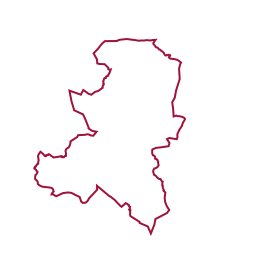 Hawul, Borno, Nigeria, rotated 294°
{"feature_id": "59680162B65118596491840", "entity_name": "Hawul", "entity_type": "district", "adm_level": 2, "iso_a3": "NGA", "parent_name": "Nigeria", "parent_adm1": "Borno", "projection": "natural_earth1", "projection_center": [12.218, 10.459], "detail": "fine", "context": "isolated", "style": "outline", "palette": "rose", "viewbox_px": 256, "rotation_deg": 294, "n_neighbors": 0, "source": "geoboundaries", "source_scale": "gbopen_adm2", "svg_char_len": 4918}
<svg xmlns="http://www.w3.org/2000/svg" viewBox="0 0 256 256"><g transform="rotate(294 128 128)"><path d="M36.3,85.2L37.0,85.9L36.4,89.8L36.5,90.2L42.2,95.2L44.6,99.2L45.6,102.1L45.7,105.1L45.5,105.9L45.3,111.9L41.7,115.2L41.2,117.3L42.7,119.8L45.1,120.8L47.0,121.0L47.5,120.9L59.1,124.9L62.6,123.2L59.0,135.8L58.6,137.0L58.5,137.3L58.4,137.5L58.1,140.4L56.8,145.3L55.2,149.0L54.4,151.1L53.8,152.5L53.4,154.2L58.4,156.4L58.3,157.0L58.4,157.4L58.4,157.9L58.2,158.4L58.2,158.8L58.2,159.1L57.9,159.4L57.9,159.7L57.9,160.1L57.2,160.5L56.9,160.8L56.7,161.2L56.7,161.5L56.9,161.7L56.9,161.9L56.6,162.0L56.0,162.0L55.1,162.5L54.6,163.0L54.5,162.4L54.0,162.2L53.4,163.2L52.1,164.2L49.3,165.3L48.5,166.1L47.0,176.6L46.6,176.7L46.0,177.3L46.1,186.2L40.9,191.8L50.4,191.4L56.0,190.1L66.2,198.2L69.9,199.0L72.4,195.2L75.7,191.9L78.9,190.0L84.3,188.3L85.2,185.9L85.7,186.1L86.6,185.2L87.4,184.2L88.3,183.6L88.9,183.6L89.2,183.4L89.5,183.2L89.6,182.7L89.9,182.3L90.4,182.3L91.1,182.0L91.8,181.8L93.0,181.5L92.8,181.0L93.1,180.4L93.7,179.7L94.6,178.6L94.1,177.0L94.3,175.9L94.6,174.9L95.2,173.7L95.6,172.9L95.8,172.1L95.8,170.9L96.5,170.3L98.7,168.5L100.4,168.3L101.1,168.4L101.7,168.5L102.2,169.3L103.4,170.2L104.6,170.9L105.6,171.0L106.2,171.2L107.0,170.7L108.0,170.0L108.8,169.4L109.6,169.3L110.2,168.3L111.1,167.6L111.0,166.8L111.0,165.2L111.7,164.9L112.2,164.9L113.1,163.8L113.4,163.0L113.2,161.9L114.7,160.4L117.9,159.0L118.6,159.2L121.3,161.8L123.9,166.2L127.9,172.5L131.2,172.0L133.7,168.1L135.7,169.9L137.6,177.1L139.7,176.9L142.4,175.6L146.8,175.6L151.9,176.4L155.0,176.0L157.7,176.4L159.4,176.4L160.0,175.5L160.2,174.5L160.2,172.8L159.9,170.9L159.2,169.1L159.0,168.1L158.9,167.0L157.1,165.0L163.2,161.8L169.6,157.9L174.7,158.4L181.6,156.7L193.8,155.3L203.0,150.5L207.8,149.7L209.4,149.8L209.8,148.2L210.1,146.9L210.3,144.9L209.9,142.8L209.4,141.1L208.9,139.4L208.6,138.6L208.8,137.5L209.3,136.5L210.3,136.9L211.5,137.0L211.7,136.2L211.4,135.4L210.9,134.4L210.3,133.7L209.6,133.2L209.6,132.4L210.2,131.2L211.1,130.3L211.8,128.6L212.0,127.0L212.6,125.6L212.4,124.5L213.1,123.1L213.4,122.3L213.2,121.1L213.3,120.2L213.9,119.7L214.3,118.9L214.6,118.1L214.9,117.4L215.7,116.6L216.5,116.7L218.4,117.0L219.7,117.3L219.1,116.2L218.4,114.7L217.4,113.5L216.7,111.9L216.0,109.6L214.3,106.8L213.5,104.8L212.5,103.1L211.9,101.6L211.1,98.4L210.6,96.8L209.1,91.7L208.5,90.2L205.4,84.8L204.3,83.5L203.1,82.6L201.7,79.8L198.0,71.6L194.1,69.8L188.3,68.4L182.2,66.2L178.1,71.7L174.5,73.7L174.9,76.0L176.8,80.7L175.0,85.4L173.9,86.0L173.7,86.1L173.7,86.5L173.7,86.8L173.8,87.0L174.0,87.5L174.2,88.2L174.2,88.3L174.3,88.4L173.4,88.5L170.6,88.7L170.4,88.5L169.1,88.5L168.7,88.5L168.6,88.4L168.1,88.4L167.7,88.6L167.2,88.3L167.0,88.0L166.7,87.6L166.4,87.3L166.1,87.1L165.8,87.1L165.4,87.2L165.0,87.3L164.6,87.4L164.4,87.1L164.3,86.7L164.0,86.3L163.6,86.1L163.3,86.1L163.0,86.2L162.3,86.2L161.9,86.4L161.5,86.3L161.1,86.3L160.8,86.3L160.6,86.3L160.2,86.6L160.0,86.8L159.8,87.0L159.5,87.1L159.2,87.4L159.0,87.5L158.9,87.3L158.4,87.4L158.2,87.6L158.2,88.0L157.7,88.2L157.3,88.0L156.8,87.8L156.4,87.9L156.0,87.9L155.5,87.9L155.1,88.0L154.5,88.5L149.7,85.7L147.6,83.2L143.5,81.0L143.2,77.9L143.7,76.0L144.5,71.7L139.3,71.4L138.3,59.3L129.2,65.7L123.2,70.9L122.3,71.5L122.1,81.5L118.7,85.4L112.3,91.9L111.5,92.2L110.8,96.5L111.8,100.8L106.8,99.4L106.1,97.1L106.1,94.4L105.5,92.9L104.4,91.7L101.2,85.4L100.9,85.3L99.1,85.3L92.4,80.9L91.7,81.2L91.1,81.5L90.2,81.6L88.2,81.9L86.1,81.7L84.4,80.5L83.0,80.1L81.7,80.2L80.6,81.0L79.0,81.9L77.4,82.6L77.3,82.4L77.2,82.2L76.9,81.8L76.7,81.8L76.5,81.7L76.5,81.8L76.4,81.7L76.2,81.6L75.8,81.5L75.7,81.5L75.5,81.4L75.4,81.3L75.2,81.2L75.0,80.8L75.0,80.7L75.0,80.4L74.9,80.3L74.9,80.1L74.7,80.0L74.7,79.8L74.8,79.7L75.0,79.6L75.0,79.4L75.0,79.2L74.9,79.2L74.9,78.9L74.9,78.7L75.0,78.7L75.0,78.8L75.3,78.7L75.2,78.5L75.1,78.4L75.0,78.2L74.9,78.2L74.8,78.3L74.7,78.4L74.6,78.5L74.6,78.4L74.6,78.2L74.7,77.9L72.6,74.9L70.8,72.0L71.4,68.9L71.5,68.5L71.6,68.2L71.8,67.4L71.9,67.2L71.9,66.9L71.8,66.4L71.8,66.1L71.7,66.0L71.4,65.9L71.2,66.0L70.7,65.9L70.6,65.7L70.5,65.4L70.4,65.2L70.3,64.9L70.1,64.6L70.0,64.4L69.8,64.3L69.7,64.2L69.6,64.3L69.5,64.5L69.3,64.6L69.2,64.6L68.9,64.5L68.8,64.4L68.8,63.9L68.7,63.7L68.6,63.1L69.0,62.7L69.9,60.6L70.7,57.7L67.2,57.0L65.4,57.4L62.2,59.5L60.0,59.9L59.0,60.5L58.8,60.4L58.6,60.3L58.4,60.0L58.2,60.0L57.6,59.7L57.4,59.6L57.2,59.7L56.9,59.7L56.5,59.6L56.2,59.4L56.0,59.5L55.3,59.4L55.0,58.9L54.8,58.8L54.5,58.8L54.3,59.0L54.0,59.2L53.7,59.1L53.5,58.9L53.4,58.7L53.2,58.7L52.9,58.9L52.5,60.8L52.0,61.3L51.5,62.3L51.0,63.3L49.7,63.2L48.5,63.1L47.8,62.9L47.2,62.6L46.7,62.8L46.1,62.9L45.0,63.2L43.5,64.1L42.8,66.3L42.2,67.3L41.3,67.8L40.2,68.4L39.8,69.8L39.5,71.4L39.5,72.7L39.6,73.7L40.0,75.1L40.3,75.9L40.6,77.1L41.0,78.2L41.3,79.3L41.9,81.1L42.2,82.6L41.9,83.8L41.0,84.9L39.8,85.9L39.0,85.5L38.1,85.5L37.2,85.0L36.3,85.2Z" fill="none" stroke="#9f1239" stroke-width="2"/></g></svg>